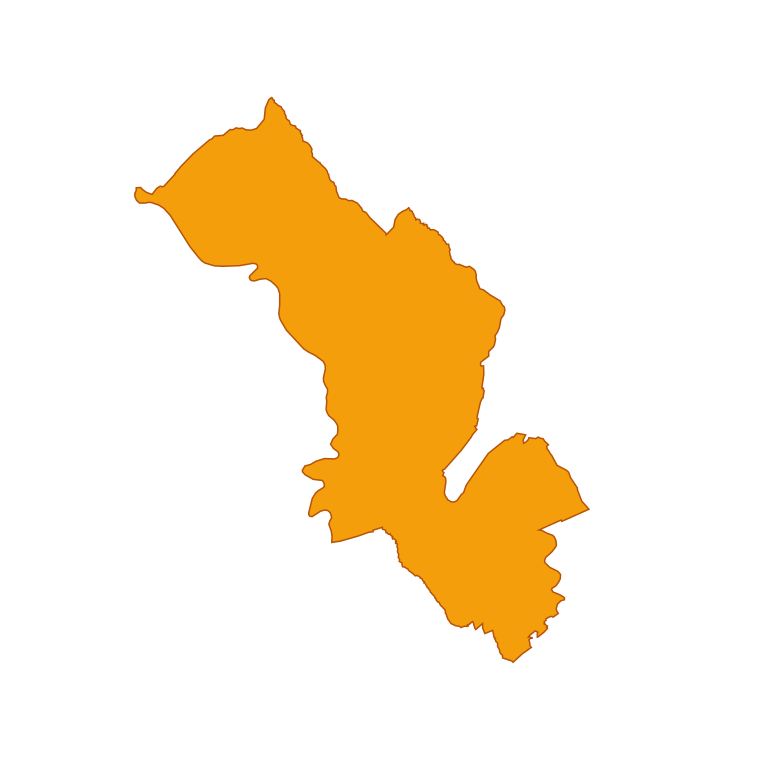 outline of Balcesti, Vâlcea, Romania, rotated 154°
{"feature_id": "2599482B45967319864847", "entity_name": "Balcesti", "entity_type": "district", "adm_level": 2, "iso_a3": "ROU", "parent_name": "Romania", "parent_adm1": "Vâlcea", "projection": "mercator", "projection_center": [23.929, 44.618], "detail": "fine", "context": "isolated", "style": "filled", "palette": "amber", "viewbox_px": 768, "rotation_deg": 154, "n_neighbors": 0, "source": "geoboundaries", "source_scale": "gbopen_adm2", "svg_char_len": 6141}
<svg xmlns="http://www.w3.org/2000/svg" viewBox="0 0 768 768"><g transform="rotate(154 384 384)"><path d="M524.5,653.9L519.7,651.5L515.3,650.2L513.1,648.7L507.9,643.4L504.8,638.2L502.2,629.2L498.1,592.1L495.0,578.3L493.8,574.5L491.9,571.2L484.6,564.5L477.1,560.4L462.0,553.7L448.8,549.9L446.2,547.8L445.7,546.1L446.8,543.6L457.1,540.1L458.4,538.8L458.5,536.4L457.6,534.9L455.1,533.4L449.4,532.5L443.8,530.4L440.6,526.1L438.2,520.3L437.3,516.6L438.2,510.8L443.2,500.6L447.7,493.3L448.8,489.2L449.0,486.7L448.1,475.0L440.7,450.6L437.9,445.9L433.2,439.7L428.7,430.9L428.7,426.8L430.0,423.4L435.8,416.0L437.1,413.1L437.4,408.5L437.0,404.1L438.5,401.2L441.9,397.1L443.0,393.6L447.2,386.5L447.7,383.1L447.5,379.8L444.7,373.4L444.0,369.4L444.0,366.9L445.0,364.1L447.8,359.3L453.8,357.1L458.4,353.3L457.7,348.2L455.2,343.5L455.0,341.8L456.1,339.5L457.9,338.2L461.4,338.4L470.2,343.1L479.2,344.4L485.3,343.9L491.0,345.0L495.3,342.2L495.7,340.6L494.7,337.0L489.4,329.3L482.1,324.6L481.5,323.3L481.4,321.0L482.4,318.4L483.6,317.5L490.0,316.9L493.4,315.9L498.7,312.5L508.0,301.4L508.9,299.5L508.6,297.5L506.7,296.3L497.0,297.5L492.7,296.8L490.2,295.1L488.8,292.1L489.0,289.0L489.8,286.7L493.1,284.4L495.1,282.0L495.9,274.9L497.5,269.8L500.4,264.5L492.2,261.9L473.4,258.6L463.1,257.5L458.5,256.0L457.9,257.4L448.3,255.9L449.0,254.2L446.7,251.9L447.4,249.6L446.4,249.2L446.4,248.1L445.3,246.5L444.2,246.7L444.1,244.5L443.1,243.2L444.0,242.3L444.2,241.0L443.1,241.1L441.8,238.1L442.5,237.6L442.0,236.7L443.2,236.3L443.4,235.5L442.4,234.9L442.1,234.1L443.7,232.2L443.7,230.1L445.4,227.4L445.6,224.1L447.2,221.9L446.9,219.4L448.1,217.8L446.4,215.5L447.5,211.7L445.2,209.9L444.6,208.3L443.7,207.6L443.6,205.6L440.9,200.5L440.1,197.9L438.2,197.4L436.3,194.8L436.5,193.5L435.3,192.6L435.3,190.0L434.5,188.7L435.3,187.8L434.5,187.3L434.3,182.0L433.9,181.4L433.3,177.8L433.5,176.7L431.7,170.6L432.0,169.0L431.4,168.0L431.8,167.2L431.2,164.4L430.2,163.6L430.3,160.7L428.3,154.6L428.4,153.0L429.3,150.9L429.0,150.1L429.7,145.1L428.8,139.3L425.6,135.3L422.4,133.2L421.6,131.3L418.4,131.2L414.9,129.5L414.4,129.6L414.6,130.8L414.0,130.9L413.9,130.4L408.6,131.7L408.3,130.8L409.4,124.4L409.1,123.1L400.4,125.5L402.3,121.4L402.8,115.5L394.3,114.9L396.1,108.3L395.6,107.4L396.3,106.7L395.8,105.5L396.4,103.8L395.5,101.3L397.0,98.3L396.7,95.0L397.4,92.4L397.3,90.1L396.4,88.3L397.5,85.8L390.4,78.8L390.0,77.3L378.2,80.8L367.0,82.7L367.6,85.0L366.6,86.8L365.9,90.5L363.9,91.2L361.7,90.4L363.8,92.7L365.2,93.2L363.4,94.2L356.4,95.8L354.6,93.5L355.4,92.9L357.2,89.3L356.7,89.1L349.3,90.7L344.3,92.6L344.1,93.5L344.6,94.1L343.2,94.7L345.2,98.2L344.3,98.5L344.3,100.1L341.9,100.6L341.6,101.9L337.0,102.2L335.2,101.6L334.2,100.3L327.9,101.4L328.2,104.5L327.7,106.6L324.6,110.1L320.0,111.6L316.4,111.0L315.5,112.9L318.0,117.0L323.4,123.2L323.4,126.1L322.3,126.8L318.0,127.2L314.0,129.3L311.0,131.6L309.0,135.0L309.0,136.7L310.1,139.7L315.3,146.4L317.7,152.8L317.0,155.1L314.6,157.3L307.1,159.4L301.6,162.0L299.7,163.5L298.1,167.9L298.0,171.8L298.7,174.0L303.2,178.8L306.5,183.4L308.8,184.9L284.5,184.1L284.5,182.6L254.7,181.6L257.6,192.0L256.6,203.6L255.8,206.0L257.4,218.1L256.7,223.7L257.9,226.7L264.1,235.0L264.6,246.9L265.0,247.6L265.3,252.3L265.9,253.5L265.1,256.8L262.8,257.3L264.7,262.1L264.9,264.9L267.6,267.1L268.6,268.7L271.6,268.4L277.3,272.2L278.8,270.7L281.6,269.7L284.5,269.5L283.4,272.8L279.0,276.2L286.2,281.5L291.2,279.3L291.9,280.4L296.9,279.4L300.2,280.5L320.7,275.9L352.1,258.4L354.8,256.7L360.0,251.6L363.3,250.6L369.3,247.3L372.5,247.1L375.1,248.5L377.4,251.8L378.0,256.8L377.3,260.1L371.3,268.9L370.2,271.5L369.9,273.1L370.3,274.5L371.5,275.8L369.0,278.0L369.5,279.2L369.4,280.9L366.8,280.9L343.5,290.6L328.9,298.0L326.6,299.7L320.4,302.4L321.0,304.6L320.5,305.2L321.0,306.2L319.0,305.9L314.6,311.4L315.3,312.3L314.8,313.6L305.3,325.4L302.0,328.1L301.2,328.0L296.9,334.1L297.3,335.4L296.5,336.5L297.8,337.5L290.0,349.0L286.8,356.1L286.6,356.7L288.9,357.6L289.0,358.8L287.4,361.2L277.6,363.2L275.7,367.3L269.6,369.3L267.6,370.8L264.1,375.3L263.2,378.6L259.1,381.0L255.6,384.1L250.1,391.5L245.9,393.8L242.9,397.5L242.1,400.6L243.0,402.9L243.2,407.8L249.5,417.4L253.4,425.1L256.0,427.4L255.5,435.8L254.6,439.1L253.2,441.8L252.5,445.8L253.1,447.8L255.5,452.2L259.1,453.1L264.1,458.7L265.4,458.9L267.5,461.2L267.4,462.8L268.1,463.7L268.9,467.6L268.1,469.2L268.1,470.9L267.0,474.6L265.6,475.8L265.6,478.5L264.6,481.3L266.5,482.2L266.7,485.4L267.6,487.6L267.0,488.3L267.5,491.2L268.6,493.7L269.4,494.2L268.9,496.9L270.6,499.7L272.4,501.3L274.5,502.1L275.0,502.7L274.8,504.0L276.4,505.0L275.8,506.0L276.3,507.0L275.6,507.9L275.9,508.8L276.9,509.4L278.2,509.0L278.7,510.1L277.9,511.1L279.3,511.3L280.8,512.8L280.1,513.8L280.0,516.2L282.1,517.7L283.4,517.4L283.4,518.4L282.8,519.3L283.4,520.6L283.0,523.3L283.3,525.4L282.9,526.4L283.5,527.7L284.7,528.5L284.2,529.2L284.4,531.6L287.3,530.8L291.2,531.1L296.8,530.2L301.9,527.0L306.6,520.7L316.7,517.1L316.2,518.7L323.9,540.1L324.8,545.3L325.8,547.2L327.2,548.4L327.2,552.2L328.6,558.1L332.3,563.0L335.5,564.3L337.4,567.1L340.7,568.8L342.7,571.2L342.2,578.0L340.6,582.6L341.2,584.0L340.8,587.4L342.3,589.0L343.0,591.3L342.5,595.2L341.9,596.3L342.2,597.5L341.8,600.6L342.3,603.5L344.7,609.9L344.5,611.1L345.4,612.0L348.7,619.8L347.5,622.1L347.3,624.8L345.8,626.6L346.0,630.9L347.1,634.3L350.4,638.1L349.4,640.6L349.3,642.7L348.3,643.4L349.2,645.0L348.6,645.5L348.9,647.3L348.0,648.2L350.9,652.5L350.5,653.8L350.9,655.3L352.3,655.9L354.0,657.9L354.3,659.1L353.8,662.0L355.2,664.4L355.3,666.5L354.6,667.8L354.8,670.9L354.1,671.9L354.1,672.9L354.9,675.6L355.0,678.3L357.2,681.0L357.6,682.5L359.2,685.3L358.2,687.0L359.5,688.7L358.9,689.9L359.4,690.7L362.6,690.2L369.5,684.3L375.7,674.4L386.5,669.5L392.1,670.4L396.5,672.9L399.3,676.3L402.0,677.0L404.8,679.1L407.0,678.7L409.1,679.1L410.8,680.2L419.5,678.0L427.6,681.1L431.4,679.7L433.9,679.9L454.8,674.5L471.6,668.4L479.7,664.7L479.9,664.2L494.6,658.4L496.4,658.2L498.4,659.9L502.4,659.5L509.3,656.1L513.5,660.3L515.8,664.7L516.6,667.3L520.7,669.0L521.9,666.5L524.4,664.6L525.7,661.7L525.9,657.6L524.5,653.9Z" fill="#f59e0b" stroke="#b45309" stroke-width="1.5"/></g></svg>